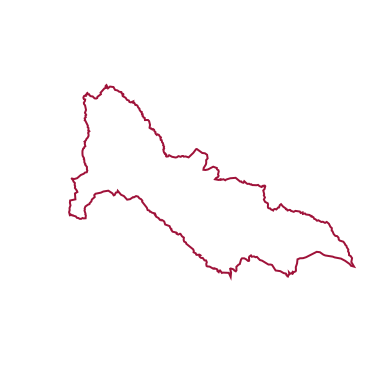 Ramoetsana, Mafeteng, Lesotho, rotated 337°
{"feature_id": "5366337B15591495914188", "entity_name": "Ramoetsana", "entity_type": "district", "adm_level": 2, "iso_a3": "LSO", "parent_name": "Lesotho", "parent_adm1": "Mafeteng", "projection": "robinson", "projection_center": [27.537, -29.836], "detail": "fine", "context": "isolated", "style": "outline", "palette": "rose", "viewbox_px": 384, "rotation_deg": 337, "n_neighbors": 0, "source": "geoboundaries", "source_scale": "gbopen_adm2", "svg_char_len": 6040}
<svg xmlns="http://www.w3.org/2000/svg" viewBox="0 0 384 384"><g transform="rotate(337 192 192)"><path d="M312.0,324.0L311.3,318.7L313.5,315.4L313.0,312.9L311.9,311.6L312.7,309.3L312.5,307.5L313.4,306.1L312.9,303.4L313.1,301.8L312.4,300.4L312.5,299.4L311.9,296.9L309.0,294.4L308.5,293.2L309.0,291.4L308.6,290.0L308.2,289.2L306.8,288.4L306.0,286.2L306.0,283.0L305.5,282.1L306.6,279.9L305.8,278.1L305.6,274.7L304.3,272.2L302.4,272.4L300.8,270.5L299.3,270.1L297.3,267.4L295.9,267.3L295.0,265.3L294.0,264.5L293.9,262.6L292.4,261.4L292.7,260.7L291.7,260.2L291.3,259.1L288.1,257.2L287.6,255.9L285.5,255.5L285.9,254.0L283.8,253.7L283.6,252.1L279.8,249.8L277.9,250.0L275.6,247.9L275.5,247.1L274.9,246.6L272.7,246.3L272.5,245.0L271.7,244.5L271.9,243.9L270.1,240.9L269.2,238.0L267.7,238.4L266.1,240.2L265.4,239.9L262.8,241.0L261.7,240.0L260.1,240.0L259.5,240.7L257.9,238.9L257.5,237.6L256.6,237.2L255.9,236.3L256.0,235.4L257.2,232.9L257.3,232.0L255.4,229.6L255.2,227.0L257.0,225.5L256.8,223.1L257.6,222.2L258.2,218.4L259.8,217.7L261.7,215.3L261.5,214.6L260.8,214.2L259.4,214.6L259.1,214.0L257.9,214.5L256.4,212.9L255.6,211.3L254.1,211.0L250.1,209.1L249.6,208.1L248.7,207.9L247.8,206.7L246.4,206.3L245.7,205.6L244.3,202.5L243.0,203.6L242.4,203.2L241.6,202.4L241.4,201.5L240.4,201.2L237.7,196.0L232.5,194.3L228.3,193.9L227.2,194.2L226.0,192.6L223.0,192.0L223.2,191.4L221.2,191.3L218.2,189.3L219.4,188.6L221.9,188.3L222.8,187.5L222.8,186.0L224.6,183.6L224.8,182.3L224.0,181.1L223.9,180.1L224.2,179.6L221.4,177.0L215.4,177.5L213.0,177.0L211.2,176.0L212.2,174.4L215.5,172.1L216.5,170.7L217.5,168.2L219.5,167.2L220.4,163.6L219.0,161.4L216.7,160.1L213.2,154.3L212.4,154.2L208.5,156.5L202.4,158.8L200.1,156.8L198.2,156.2L197.9,155.4L197.0,155.0L195.4,155.2L193.5,153.7L191.6,154.1L190.3,153.8L187.4,151.8L185.3,149.2L183.8,149.9L182.3,149.4L182.1,148.7L182.9,147.6L182.7,146.9L182.1,146.6L182.3,146.0L181.9,145.9L181.7,144.5L181.9,142.8L182.6,141.9L182.4,141.5L183.4,140.9L183.3,140.2L184.0,139.4L183.7,137.8L184.1,137.6L184.3,135.4L183.9,134.7L184.3,132.4L183.6,131.9L184.0,130.1L184.7,129.8L184.7,129.4L184.1,128.4L183.8,126.5L182.7,125.4L181.9,125.7L181.4,124.6L181.3,123.5L181.8,122.7L181.2,121.5L181.4,119.9L180.7,118.8L179.9,119.0L179.2,117.5L178.7,117.5L178.0,116.3L179.6,113.8L180.2,110.0L179.6,108.5L176.8,107.4L177.4,105.3L176.5,104.5L176.6,103.3L176.2,102.8L176.8,101.6L176.9,101.0L176.3,100.8L177.0,98.7L176.3,98.2L175.8,95.6L176.2,94.7L175.5,93.2L175.5,91.2L174.7,90.0L173.9,89.8L173.7,87.1L172.7,87.0L172.2,86.3L172.9,85.6L170.7,85.6L169.6,84.7L169.6,83.1L168.1,81.7L167.7,79.3L165.7,76.7L166.0,75.1L166.9,75.4L167.0,74.9L165.8,73.5L166.0,72.4L164.1,71.2L163.1,69.4L161.1,68.0L160.7,64.7L157.7,62.9L155.2,63.7L155.0,60.2L154.1,60.5L153.5,61.4L153.3,62.6L151.9,62.4L146.6,64.9L146.4,66.4L142.2,67.4L141.4,68.5L140.2,68.5L138.9,67.7L137.9,65.2L136.4,64.4L135.6,63.3L135.5,61.9L134.6,61.6L134.4,60.0L133.6,60.2L133.1,61.1L132.1,61.1L131.9,62.0L130.2,61.5L129.5,62.0L128.8,62.9L128.8,64.3L129.8,65.1L129.1,66.3L127.3,67.6L127.0,68.7L127.4,70.5L126.5,75.1L124.4,77.3L124.7,79.7L123.6,80.3L123.4,81.7L122.0,82.2L121.8,83.7L121.3,84.1L121.7,85.0L122.0,90.3L121.3,91.6L121.7,92.6L120.8,94.7L121.1,95.5L120.5,95.4L120.5,96.3L119.4,97.1L119.4,98.2L118.7,99.9L117.2,101.2L115.7,101.8L114.6,102.9L112.7,103.7L113.0,104.4L112.1,105.7L111.7,108.2L110.5,108.5L109.7,109.4L108.8,109.5L107.2,111.4L106.1,114.0L105.5,115.9L105.8,118.8L105.2,119.5L105.4,120.3L104.5,122.8L104.8,124.7L104.3,125.1L105.1,127.8L104.0,130.4L104.1,131.2L102.9,132.7L101.1,132.3L99.5,132.9L96.3,132.9L91.7,134.4L89.0,134.1L87.2,133.2L86.3,132.0L87.1,134.6L87.0,136.1L87.7,137.9L86.7,139.8L86.7,141.0L85.8,142.5L86.5,145.7L86.5,147.2L83.7,147.6L81.8,153.2L76.5,152.2L75.4,154.2L74.9,156.9L73.0,158.9L72.3,160.9L71.0,162.5L70.5,165.7L71.5,165.9L71.6,165.3L72.6,166.8L73.2,166.8L73.6,167.5L75.5,169.1L76.0,170.8L77.3,171.6L78.0,172.7L79.4,173.4L81.1,173.2L82.0,174.0L83.8,174.6L85.2,171.9L85.0,171.0L85.5,170.3L85.8,167.1L86.5,166.3L86.7,165.3L88.2,163.7L91.3,163.0L92.8,163.1L93.3,162.4L95.7,161.3L96.9,159.8L100.5,158.6L100.8,156.7L102.5,155.9L107.9,157.0L110.6,156.9L115.5,158.1L118.2,162.1L118.6,164.5L119.5,164.6L121.7,162.8L123.2,163.1L124.1,161.9L125.6,166.8L127.7,169.1L129.3,173.7L132.2,174.4L135.8,173.7L136.3,174.2L138.9,173.9L140.5,175.1L141.1,177.3L142.3,178.7L142.9,180.5L142.3,181.4L144.3,188.8L144.1,191.3L145.5,192.4L145.7,193.8L146.2,193.9L147.2,195.5L149.5,197.2L149.5,198.8L149.0,198.7L149.4,200.8L151.0,202.9L151.5,205.0L152.5,205.4L152.6,206.1L153.7,206.3L154.9,208.3L154.6,211.4L158.0,214.6L158.0,216.8L158.6,218.2L158.1,218.6L158.6,220.9L161.7,223.2L162.0,223.7L161.5,224.3L162.0,225.1L162.8,225.8L164.5,225.7L165.0,226.0L165.5,228.9L166.7,230.8L165.6,232.8L165.4,234.5L166.7,236.2L166.5,237.4L170.7,245.3L170.6,247.0L169.9,248.1L171.5,249.9L171.4,251.3L171.7,251.7L174.4,252.6L174.9,253.4L173.9,253.4L173.7,254.0L173.9,255.0L174.7,256.3L176.1,256.9L176.8,259.8L178.2,260.5L178.2,262.4L177.0,263.8L176.5,265.7L176.9,266.4L179.1,267.6L181.6,270.9L182.3,271.3L182.7,270.9L184.8,272.8L185.0,273.3L184.5,274.6L185.3,276.2L186.5,275.1L187.2,275.2L187.9,278.2L188.8,278.2L194.3,280.8L194.4,285.3L196.5,281.4L197.1,277.6L197.6,277.5L198.5,278.1L200.0,279.5L200.3,280.8L201.3,282.1L202.3,281.5L203.6,278.2L206.3,277.1L207.8,277.0L210.8,273.3L212.1,272.6L214.2,273.5L215.4,274.9L216.7,277.4L217.4,277.7L217.9,277.3L218.9,274.5L219.6,273.8L221.5,273.4L221.7,274.9L223.9,275.5L224.9,276.8L226.4,277.1L227.9,281.1L229.7,282.6L234.0,288.6L236.2,289.6L237.2,290.5L238.3,296.9L242.4,299.4L244.7,302.5L246.5,303.7L246.7,304.2L246.4,305.0L246.7,305.3L246.9,307.0L247.3,307.3L248.1,306.2L249.4,305.9L249.9,304.1L250.3,305.4L251.7,305.6L252.5,306.6L253.0,306.4L253.0,305.2L253.6,304.8L254.1,305.6L256.4,305.5L257.0,304.9L258.2,301.7L260.8,298.8L262.8,295.2L265.5,295.2L268.3,296.3L271.5,296.6L283.4,295.8L286.2,297.4L288.5,301.1L289.9,302.5L296.3,306.5L297.7,307.9L303.1,311.5L306.1,315.2L309.1,320.1L309.5,322.0L312.0,324.0Z" fill="none" stroke="#9f1239" stroke-width="2"/></g></svg>